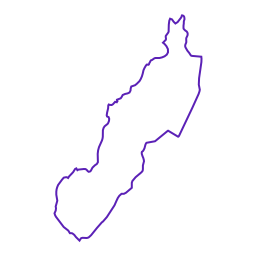 the Department of Jinotega
{"feature_id": "NIC-656", "entity_name": "Jinotega", "entity_type": "Department", "adm_level": 1, "iso_a3": "NIC", "parent_name": "Nicaragua", "parent_adm1": "", "projection": "equal_earth", "projection_center": [-85.491, 13.798], "detail": "fine", "context": "isolated", "style": "outline", "palette": "violet", "viewbox_px": 256, "rotation_deg": 0, "n_neighbors": 0, "source": "natural_earth", "source_scale": "10m", "svg_char_len": 2682}
<svg xmlns="http://www.w3.org/2000/svg" viewBox="0 0 256 256"><path d="M175.4,23.5L177.6,22.1L181.3,17.3L181.9,15.4L182.4,15.4L183.2,15.7L183.5,15.9L183.8,16.2L184.1,16.7L184.3,17.3L184.4,18.2L184.5,19.1L183.9,21.1L183.8,22.0L183.8,22.8L183.8,23.4L183.6,24.9L183.5,25.7L183.5,26.9L183.5,28.2L183.6,28.6L183.7,28.9L185.1,30.4L186.7,31.5L187.1,32.1L187.5,32.9L187.7,34.0L187.5,35.4L186.3,38.0L186.2,38.9L186.3,41.9L186.2,42.6L185.4,44.5L185.2,45.4L185.2,46.4L185.5,47.4L187.4,50.7L189.2,52.9L190.7,55.2L191.2,55.7L192.0,55.9L201.3,56.7L201.5,58.7L201.4,62.0L199.1,78.1L198.8,84.6L199.8,89.7L199.5,91.3L198.6,94.0L192.3,107.9L179.1,135.7L178.6,136.4L178.1,136.7L168.1,130.7L167.8,130.8L155.1,141.2L154.8,141.3L146.5,142.8L145.9,143.6L145.4,144.8L144.5,148.2L143.7,149.9L143.0,151.0L141.9,151.9L141.7,152.8L141.8,154.0L142.6,156.4L143.3,158.0L143.8,159.9L144.0,161.2L142.9,165.5L142.9,168.1L142.9,168.8L142.8,170.1L142.4,171.2L141.3,172.4L135.6,177.2L132.4,181.0L131.8,182.8L131.8,187.8L125.9,192.8L123.9,193.8L121.5,193.8L119.3,195.8L117.8,198.0L116.3,201.2L114.5,205.3L106.9,217.0L103.0,221.5L101.8,222.4L97.0,227.9L91.1,235.2L88.8,237.3L87.7,237.8L86.4,238.0L82.6,237.8L81.4,238.1L80.9,238.4L79.5,240.6L75.9,237.0L74.3,234.9L72.8,233.7L71.9,233.2L70.4,233.2L69.9,233.2L68.3,230.6L63.7,227.0L55.9,216.7L55.1,215.2L54.5,213.3L55.7,210.6L56.0,208.3L55.7,206.5L57.3,200.7L56.3,194.7L56.3,191.7L56.6,189.3L57.2,187.2L58.1,185.0L62.0,179.7L63.7,177.7L65.3,177.3L66.8,177.2L68.1,178.0L69.1,176.4L73.1,172.2L74.1,170.6L75.1,169.0L76.3,168.4L77.4,170.2L78.4,169.6L83.9,169.0L85.6,169.1L86.8,170.0L87.7,171.1L88.7,171.8L90.0,171.5L90.8,170.8L92.5,167.6L94.9,165.3L96.8,164.0L97.9,162.2L97.7,153.9L98.1,150.4L99.0,147.1L102.0,140.4L102.5,138.7L102.8,136.8L102.9,130.2L103.6,127.9L104.6,126.3L107.1,124.3L107.4,124.1L108.1,123.2L109.0,120.9L109.2,118.8L108.6,117.1L107.1,116.5L106.7,115.3L107.1,112.6L108.1,108.4L108.3,105.3L108.8,104.5L109.8,104.9L111.7,105.0L113.0,104.2L115.1,101.8L116.0,102.2L116.7,102.2L116.6,101.5L116.8,101.3L117.1,101.4L117.4,101.2L117.0,99.7L120.7,98.3L121.7,96.9L122.7,95.0L125.0,94.0L125.8,93.8L127.6,93.4L129.5,92.5L130.5,90.6L130.7,88.4L131.3,86.5L135.1,85.2L136.8,83.8L139.5,81.1L140.7,79.1L141.9,76.4L142.7,73.7L143.5,70.2L144.5,68.0L145.7,65.9L146.7,64.6L147.1,64.5L148.2,64.8L148.7,64.6L149.0,64.2L149.3,63.2L150.0,62.0L150.4,61.1L151.0,60.3L152.0,60.0L154.4,58.3L155.5,58.0L159.5,58.0L162.0,57.4L164.6,56.3L166.8,54.6L168.0,52.3L167.9,49.1L166.5,46.3L164.7,44.1L163.0,42.7L165.8,39.8L166.0,38.9L165.7,36.8L165.8,35.9L168.2,32.6L168.6,31.7L168.8,24.6L169.3,20.7L170.1,18.7L172.0,19.4L173.6,21.7L175.4,23.5Z" fill="none" stroke="#5b21b6" stroke-width="2"/></svg>